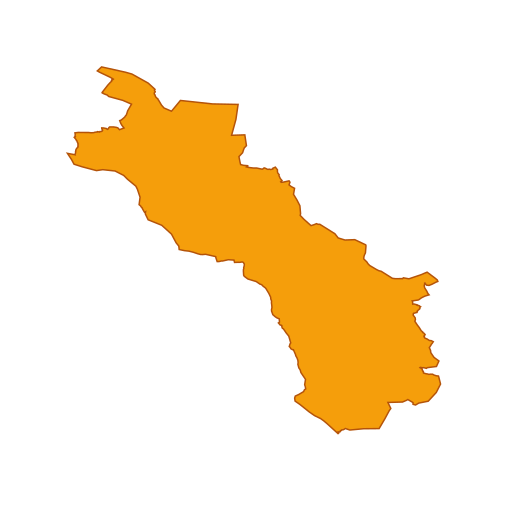 outline of Seljord nor, Telemark, Norway, rotated 189°
{"feature_id": "86288312B68880560441515", "entity_name": "Seljord nor", "entity_type": "district", "adm_level": 2, "iso_a3": "NOR", "parent_name": "Norway", "parent_adm1": "Telemark", "projection": "natural_earth1", "projection_center": [8.516, 59.573], "detail": "fine", "context": "isolated", "style": "filled", "palette": "amber", "viewbox_px": 512, "rotation_deg": 189, "n_neighbors": 0, "source": "geoboundaries", "source_scale": "gbopen_adm2", "svg_char_len": 6007}
<svg xmlns="http://www.w3.org/2000/svg" viewBox="0 0 512 512"><g transform="rotate(189 256 256)"><path d="M441.6,316.9L426.9,315.4L420.9,317.3L408.5,317.9L399.3,314.9L394.9,311.7L385.6,306.2L383.6,303.4L379.7,295.9L379.5,288.4L377.9,287.5L376.9,286.3L376.1,285.9L376.1,285.7L374.9,284.1L373.0,281.8L372.4,281.9L372.0,282.3L372.0,280.4L368.2,274.9L353.9,271.6L342.9,264.4L336.9,256.5L333.8,253.7L332.9,250.4L327.5,250.1L323.1,250.3L318.6,249.9L313.9,249.1L310.8,248.8L308.8,249.1L306.1,249.8L295.7,249.1L295.4,248.1L293.5,244.4L291.7,244.7L289.3,245.7L288.3,245.8L282.8,248.0L277.1,248.5L276.2,246.3L272.6,247.0L271.1,247.2L268.9,247.9L268.2,247.9L267.5,247.6L266.3,246.3L266.1,244.0L266.4,242.9L266.1,241.9L266.3,240.8L266.1,239.2L265.2,235.1L264.4,234.1L260.4,232.0L251.8,230.8L247.6,228.8L246.9,228.8L245.7,228.4L244.3,227.3L242.0,226.1L241.2,225.5L237.4,221.0L235.1,217.6L234.7,215.9L233.6,214.0L233.4,212.0L233.1,211.1L232.6,209.4L232.2,207.6L232.3,205.5L232.0,204.0L230.2,200.7L227.5,199.0L225.5,198.1L223.2,197.6L222.5,194.5L222.5,194.2L223.4,193.4L221.3,191.6L219.8,191.5L219.6,191.3L219.4,190.1L218.6,188.7L217.6,188.4L214.1,184.7L211.1,182.0L208.1,175.6L208.6,174.6L209.0,171.8L207.9,171.0L207.0,169.8L205.0,169.1L204.4,169.3L201.4,164.6L201.2,163.8L199.6,161.8L198.3,159.5L197.7,157.1L197.7,155.6L196.2,152.2L194.6,150.5L193.4,147.9L187.8,141.9L187.8,136.5L186.9,134.7L186.1,132.5L187.2,131.5L187.8,129.5L192.0,126.0L195.3,123.8L195.6,121.7L194.7,118.8L189.5,116.3L179.0,110.3L173.2,107.5L166.7,105.5L163.5,103.9L160.0,101.8L147.2,93.4L146.6,94.1L146.8,94.5L147.1,94.7L146.8,95.0L147.0,95.2L145.6,95.4L145.2,96.1L145.3,96.4L145.1,96.5L145.1,96.8L144.3,97.1L144.2,97.6L142.3,98.2L140.8,99.6L136.1,98.8L122.8,102.2L107.4,104.8L103.2,115.5L100.2,124.1L99.0,126.5L102.8,132.0L88.4,134.7L84.5,137.2L83.6,138.0L78.0,135.8L77.7,134.1L75.1,133.8L72.2,136.2L63.2,139.5L56.6,149.4L53.7,158.4L56.6,165.2L57.0,166.0L59.2,165.9L61.7,166.3L63.1,166.9L63.6,166.7L64.7,166.7L66.9,166.1L67.8,166.3L69.6,166.3L72.1,166.6L72.3,166.7L72.3,167.1L72.5,167.4L72.5,167.8L72.8,168.1L73.3,168.4L73.3,168.8L73.9,169.3L74.0,169.9L74.2,170.2L75.1,170.7L75.5,171.2L76.2,171.2L76.6,171.4L76.3,171.7L73.7,171.7L72.9,172.0L72.4,171.9L70.1,171.7L69.4,172.5L60.5,175.1L58.9,180.9L64.3,183.7L66.7,186.2L68.3,188.0L68.8,190.0L70.5,192.6L69.3,195.2L68.9,196.5L68.5,196.9L67.5,199.1L69.6,199.8L71.6,199.7L74.0,200.8L75.8,201.2L76.6,201.5L76.9,202.1L77.3,202.3L77.5,202.7L77.3,203.0L77.5,203.1L77.5,203.3L77.3,203.4L77.1,203.7L77.2,203.8L77.0,204.0L77.1,204.3L76.9,204.5L76.9,204.9L76.8,205.0L78.2,206.1L79.4,206.5L79.4,207.0L81.1,208.0L83.6,210.9L86.0,213.2L88.9,216.4L88.6,218.1L89.1,219.8L91.6,222.3L91.5,222.6L91.6,223.8L91.4,224.1L90.1,224.5L89.8,224.8L88.9,225.2L88.3,225.3L87.9,226.1L88.2,226.6L87.9,226.9L87.8,227.4L86.9,228.3L86.7,228.8L86.3,229.0L86.2,229.2L85.9,229.6L85.9,229.8L86.2,230.2L86.0,230.7L86.1,231.0L85.6,231.6L86.4,231.8L86.6,232.3L88.1,232.6L88.6,232.4L89.4,232.6L89.5,232.7L89.4,233.0L92.4,233.3L93.7,233.0L94.2,235.4L94.7,236.1L88.9,237.9L88.1,238.5L86.0,240.6L83.2,242.6L82.3,243.1L79.0,244.7L80.4,245.9L81.9,248.1L84.4,250.9L85.2,252.8L85.1,254.0L85.1,255.5L85.4,256.2L83.1,253.9L80.5,254.0L77.8,255.6L74.0,258.4L72.4,259.3L73.2,260.7L75.9,262.3L84.5,266.8L90.5,263.1L101.4,257.4L107.1,257.5L107.6,256.6L114.8,255.4L117.8,255.3L130.0,260.5L132.4,260.7L134.9,261.5L142.2,264.4L144.2,265.9L145.5,267.4L149.0,269.9L149.2,270.3L149.3,272.4L149.0,274.2L148.4,276.2L148.9,282.6L149.1,283.7L149.4,284.2L161.0,287.6L170.6,285.7L177.7,286.7L181.5,290.3L197.9,297.3L199.7,297.0L201.3,297.4L203.6,296.0L206.4,294.6L214.3,299.7L218.7,303.0L218.6,304.8L220.5,312.5L224.2,317.6L228.6,322.8L228.5,328.9L232.1,330.1L234.5,331.4L234.0,334.2L235.1,335.4L240.7,333.2L242.6,332.7L243.2,333.2L242.7,333.7L242.1,334.6L244.1,336.3L245.9,339.0L245.9,340.0L247.5,341.4L248.1,342.9L248.3,344.5L250.8,346.8L253.1,345.3L253.1,344.9L253.4,344.5L253.3,344.4L255.1,343.7L256.2,343.9L256.6,343.7L258.2,343.4L260.3,344.1L261.8,344.3L262.2,343.7L263.4,342.7L269.1,343.0L272.1,342.5L277.5,342.3L279.4,342.5L279.1,343.0L278.2,343.5L278.3,343.9L282.5,343.6L285.5,343.9L286.6,346.5L288.4,351.5L285.4,355.9L284.9,359.1L284.5,360.9L282.7,363.5L286.0,373.9L299.0,371.4L297.2,387.8L297.4,402.9L322.8,399.4L355.0,397.8L361.5,386.8L362.2,385.8L370.0,387.8L372.9,390.2L376.7,394.8L377.2,395.1L377.6,396.0L378.2,396.2L379.6,397.1L380.3,398.0L380.5,398.4L380.9,399.0L381.0,399.4L381.8,400.1L382.0,401.1L381.8,401.5L381.2,402.3L381.3,402.7L381.9,403.2L382.2,403.7L382.2,404.3L382.0,404.6L381.8,404.7L381.8,404.8L389.5,409.9L407.0,416.3L413.6,417.1L438.1,418.6L441.7,414.0L439.4,413.1L427.9,409.7L425.4,408.7L425.6,408.6L425.6,408.3L425.1,408.0L425.9,407.8L425.9,407.2L426.1,406.9L425.8,406.6L426.1,406.4L426.3,405.8L426.2,405.7L427.1,404.6L429.1,401.6L433.4,393.8L433.6,393.4L433.3,392.9L432.4,392.9L432.2,392.6L431.1,392.3L428.2,391.7L426.4,390.5L412.0,388.9L402.7,386.5L405.5,379.2L405.8,376.9L406.2,374.9L407.0,373.7L407.2,373.0L408.2,371.7L410.4,369.2L411.8,368.4L410.2,365.7L408.9,364.1L406.4,361.8L410.6,359.4L412.4,360.9L413.9,361.2L416.7,361.2L420.7,360.6L421.3,359.9L422.1,358.1L422.6,357.8L423.7,358.5L426.6,358.6L428.4,358.4L428.2,357.5L427.2,356.3L427.2,356.0L427.3,355.8L427.5,355.8L427.7,355.1L428.7,354.6L429.7,354.5L429.9,354.0L430.0,353.9L431.9,354.1L432.1,354.0L432.1,353.7L434.6,353.0L435.4,352.5L436.7,352.2L438.2,351.9L440.5,351.8L451.1,350.2L454.1,349.3L453.6,347.9L453.5,346.8L453.5,346.3L453.1,345.7L453.9,345.1L454.1,344.8L453.3,344.3L453.2,343.9L452.5,343.4L451.4,342.2L451.4,341.9L450.8,341.6L450.2,340.3L449.8,340.0L449.7,339.6L449.2,339.0L449.2,338.9L449.4,338.6L449.1,337.8L449.1,337.3L448.9,336.8L449.1,336.7L449.0,336.1L449.1,335.7L449.0,335.3L449.8,334.6L450.0,333.9L450.4,333.3L450.4,332.9L450.5,332.5L450.5,331.7L450.4,331.4L450.6,330.8L450.4,330.3L450.4,329.3L450.4,328.9L450.6,328.6L450.7,328.1L450.5,327.7L458.3,327.9L453.3,322.4L450.1,318.2L441.6,316.9Z" fill="#f59e0b" stroke="#b45309" stroke-width="1.5"/></g></svg>